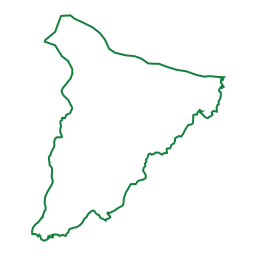 Kulu Shaw Boe, Sinoe, Liberia
{"feature_id": "62588387B37465422358714", "entity_name": "Kulu Shaw Boe", "entity_type": "district", "adm_level": 2, "iso_a3": "LBR", "parent_name": "Liberia", "parent_adm1": "Sinoe", "projection": "mercator", "projection_center": [-9.008, 5.564], "detail": "fine", "context": "isolated", "style": "outline", "palette": "green", "viewbox_px": 256, "rotation_deg": 0, "n_neighbors": 0, "source": "geoboundaries", "source_scale": "gbopen_adm2", "svg_char_len": 3922}
<svg xmlns="http://www.w3.org/2000/svg" viewBox="0 0 256 256"><path d="M70.4,112.7L70.1,113.2L68.9,113.8L67.3,114.3L66.0,115.3L65.4,117.3L64.9,118.2L63.9,118.2L63.0,117.9L62.1,117.9L62.2,119.5L62.1,120.1L60.6,120.9L60.4,123.0L60.7,124.5L61.1,126.5L60.5,127.5L60.3,129.2L60.2,130.8L60.1,131.1L60.7,133.5L61.7,135.5L62.0,136.7L61.1,137.3L59.0,137.3L56.5,137.4L55.6,138.2L54.8,139.6L54.1,142.5L54.4,144.5L54.3,146.2L53.5,148.1L51.8,151.2L50.6,153.9L50.5,155.4L49.6,156.0L48.9,157.2L49.0,159.6L49.2,161.1L49.6,162.9L49.4,163.9L49.5,164.6L50.1,165.7L51.3,167.0L51.9,168.0L52.1,170.3L51.9,173.6L51.9,174.5L51.7,176.2L51.9,177.6L52.4,179.3L52.6,180.3L52.7,182.4L52.3,183.3L50.6,186.7L48.3,190.3L46.8,193.2L45.4,196.4L45.2,196.8L44.8,200.3L44.6,202.7L45.4,205.7L45.6,207.8L45.5,209.6L45.5,209.9L44.5,211.3L43.7,213.3L42.5,216.7L42.3,217.0L42.0,217.4L42.3,217.5L41.1,218.5L38.4,222.1L35.3,224.6L33.0,227.7L32.1,230.8L32.3,234.0L35.2,234.0L36.9,234.8L38.1,236.5L39.4,234.8L40.4,236.2L41.0,238.9L43.3,240.5L44.6,240.6L47.8,239.1L48.1,237.3L48.3,236.6L49.1,237.7L49.6,237.7L49.8,236.2L51.5,237.3L52.8,237.3L53.2,236.2L52.0,234.9L54.0,234.5L57.2,234.5L59.1,235.5L59.4,236.0L59.9,235.7L60.7,235.6L62.6,234.8L64.3,235.5L65.7,235.9L66.2,235.1L66.3,234.1L67.2,233.2L68.4,232.3L68.8,230.5L69.8,228.8L72.4,228.3L74.7,227.5L77.0,227.1L78.5,226.0L80.4,224.8L81.3,223.7L82.3,222.8L83.1,221.1L84.5,218.5L86.3,217.4L86.9,216.4L87.6,214.9L89.2,213.0L89.8,212.5L90.8,211.6L92.7,210.6L93.0,210.6L94.0,210.8L94.7,211.5L96.3,213.8L97.6,214.7L98.8,214.8L99.5,216.0L100.5,217.9L101.3,218.3L102.5,218.7L104.8,219.8L105.6,220.4L105.8,220.6L106.1,219.9L106.4,219.4L107.3,218.8L108.4,218.6L109.3,218.2L110.1,217.4L110.1,216.5L108.0,214.3L107.7,213.9L107.4,213.3L107.8,212.6L108.3,212.7L109.2,213.1L111.1,212.1L112.7,211.6L115.5,209.9L118.1,208.0L119.6,207.2L121.5,206.3L122.6,205.5L123.3,204.5L123.4,203.3L123.7,200.7L123.7,199.3L124.1,197.5L125.1,194.7L125.7,192.8L126.0,192.4L126.4,191.7L127.1,190.4L128.1,188.9L129.6,186.0L130.2,185.2L130.9,184.1L132.4,184.1L134.3,184.0L135.5,184.3L135.7,183.9L136.2,183.5L136.7,182.6L137.7,181.2L139.5,180.5L140.9,180.0L141.3,179.9L142.6,179.9L144.8,178.6L145.6,178.0L145.9,175.7L144.5,172.8L143.0,170.6L143.6,168.1L145.4,165.9L145.2,165.0L144.8,163.7L146.4,161.6L146.0,159.8L147.2,158.3L148.6,154.2L149.0,154.0L150.2,153.6L151.5,154.7L154.0,153.9L155.4,152.6L158.7,152.6L160.6,153.9L162.1,154.6L163.3,153.4L165.0,153.1L166.8,153.1L167.1,152.5L166.5,150.6L166.8,148.7L168.0,148.4L170.0,148.4L170.8,146.8L171.4,144.9L174.1,143.3L175.0,140.8L175.0,138.4L176.7,137.3L178.9,136.0L181.0,136.7L183.0,134.1L185.4,129.4L188.3,125.0L191.3,124.5L192.7,123.5L193.2,120.6L193.2,116.9L193.4,115.0L195.5,114.4L197.2,114.5L197.4,112.6L198.5,111.4L199.7,110.0L200.6,110.5L200.9,111.5L202.0,111.5L200.4,112.6L202.7,114.5L204.8,116.9L206.0,117.6L207.8,118.2L209.0,117.1L210.7,116.1L212.6,114.8L211.7,112.4L213.3,111.0L215.8,111.4L216.9,111.6L216.6,107.6L217.5,105.0L218.7,104.4L218.7,102.8L218.6,101.1L220.2,98.9L220.6,97.0L220.8,96.1L220.8,93.2L220.9,92.4L219.5,91.7L219.0,90.1L220.3,87.8L221.2,86.7L222.0,88.0L223.7,86.9L222.1,84.4L220.7,82.2L221.3,78.6L222.6,80.1L223.8,77.3L223.9,77.2L219.0,77.0L211.6,76.3L208.2,76.2L204.6,76.7L197.8,75.3L192.1,73.4L186.1,71.3L177.1,69.9L175.3,69.4L173.0,68.7L165.7,66.4L159.0,63.8L152.6,63.7L148.0,63.3L141.3,58.6L134.7,56.2L125.6,55.3L115.0,52.7L109.2,48.9L104.9,39.5L99.9,33.1L92.3,27.2L82.4,22.3L74.5,18.7L72.6,17.1L70.5,15.4L61.1,15.9L59.8,19.3L57.3,25.8L57.0,26.7L55.9,29.8L55.1,31.9L45.3,40.0L44.8,41.7L55.1,45.3L61.5,55.6L61.7,56.1L67.9,60.8L72.2,68.8L72.3,71.6L72.4,73.4L70.6,78.4L70.6,78.5L64.4,86.2L63.1,87.7L61.8,89.9L61.7,90.3L61.8,92.2L62.3,93.4L63.3,94.9L64.0,96.1L66.1,97.9L67.7,99.4L68.8,100.8L69.4,102.3L69.5,102.4L70.1,104.0L71.5,106.2L72.1,107.9L72.2,108.3L72.1,109.3L70.9,110.5L70.7,111.4L70.7,111.9L70.6,112.3L70.4,112.7Z" fill="none" stroke="#15803d" stroke-width="2"/></svg>